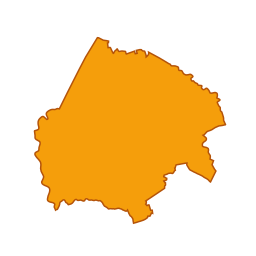 the district of Ca Mau, Cà Mau, Vietnam, rotated 79°
{"feature_id": "81297802B56186863938752", "entity_name": "Ca Mau", "entity_type": "district", "adm_level": 2, "iso_a3": "VNM", "parent_name": "Vietnam", "parent_adm1": "Cà Mau", "projection": "orthographic", "projection_center": [105.22, 9.175], "detail": "fine", "context": "isolated", "style": "filled", "palette": "amber", "viewbox_px": 256, "rotation_deg": 79, "n_neighbors": 0, "source": "geoboundaries", "source_scale": "gbopen_adm2", "svg_char_len": 5831}
<svg xmlns="http://www.w3.org/2000/svg" viewBox="0 0 256 256"><g transform="rotate(79 128 128)"><path d="M196.7,57.3L187.0,49.9L185.0,50.9L180.1,52.5L176.4,50.3L174.2,53.4L172.1,52.7L171.3,52.6L170.6,52.6L169.8,52.9L168.5,53.5L167.8,53.7L167.0,53.8L166.5,53.7L165.1,53.2L164.4,53.1L163.5,53.2L163.0,53.6L162.1,54.7L160.9,57.4L160.5,57.9L160.0,58.3L159.3,58.3L158.2,58.1L157.6,57.9L156.8,57.1L156.1,56.0L155.5,54.6L154.9,53.7L154.3,53.3L153.6,53.1L153.0,53.1L152.3,53.4L149.4,55.7L149.2,54.7L148.5,53.6L146.8,51.4L146.4,50.3L146.1,48.0L145.7,46.1L144.2,42.4L143.3,38.4L143.5,34.9L143.4,32.9L143.4,31.8L143.1,31.6L141.4,32.1L140.6,32.2L139.4,32.6L138.7,32.6L138.1,32.6L136.6,32.3L135.4,32.3L131.6,32.7L130.2,32.9L129.4,33.6L128.6,33.9L127.7,33.9L125.8,33.6L125.3,33.6L123.7,34.6L121.6,35.2L119.8,35.5L119.3,35.0L118.6,33.1L118.3,32.6L118.0,32.4L117.7,32.4L117.3,32.7L116.9,33.1L115.6,35.0L115.3,35.0L113.4,34.1L112.1,33.9L111.4,33.9L110.6,34.3L109.9,35.4L109.7,36.4L109.8,38.7L109.7,39.7L109.3,40.6L108.8,40.9L107.6,41.1L106.4,41.5L105.1,42.2L104.1,43.0L103.9,43.7L104.7,45.5L104.8,46.4L104.6,47.0L103.5,47.9L102.5,48.2L101.9,48.0L101.1,47.5L100.7,47.5L100.3,47.9L99.5,50.6L99.1,51.1L98.6,51.3L98.0,51.3L97.4,51.8L96.6,53.1L95.9,53.8L94.5,54.6L94.1,55.1L94.2,56.0L93.8,56.5L92.5,56.9L91.5,56.8L91.1,56.6L90.8,55.8L90.3,54.9L89.9,54.5L89.4,54.5L88.3,55.2L87.3,56.2L87.1,57.3L87.2,58.6L87.1,60.2L86.9,61.1L86.4,61.9L85.4,63.0L84.3,63.5L82.6,64.0L82.0,64.4L81.5,65.5L81.3,66.7L81.0,67.0L80.2,67.1L78.9,67.0L78.1,67.0L77.4,67.5L76.1,69.8L75.7,71.4L75.4,73.0L75.1,73.7L74.6,74.0L73.9,74.2L73.5,74.4L72.6,75.7L65.4,83.7L57.5,93.3L58.2,93.3L59.8,93.9L60.4,94.6L61.3,95.8L61.7,96.6L61.2,96.5L59.9,96.4L56.8,96.8L55.9,97.0L55.6,97.4L55.2,98.7L55.0,99.0L54.3,99.6L53.7,99.9L53.3,101.4L53.4,105.0L56.5,104.8L56.5,106.7L53.8,107.0L55.0,115.1L55.0,115.5L54.8,115.7L52.6,115.8L52.3,116.0L52.0,116.9L51.3,119.1L51.2,120.2L51.2,122.2L50.9,122.5L50.5,122.7L48.5,123.4L48.3,123.6L49.1,124.7L49.6,125.8L50.7,127.0L51.8,127.8L51.9,128.2L50.7,128.7L45.9,129.9L45.5,130.3L45.3,132.2L40.6,131.9L40.5,130.9L39.0,130.5L38.2,132.3L37.1,135.5L33.8,139.7L33.5,140.8L50.2,156.0L60.7,164.4L81.9,180.9L95.8,191.5L96.1,191.7L95.5,193.3L95.5,194.2L95.8,195.3L95.9,196.0L95.8,196.8L95.4,198.2L95.3,199.4L95.4,200.6L95.9,202.3L96.5,203.7L96.8,204.2L97.6,205.1L98.4,205.5L99.2,205.6L100.1,205.5L101.6,205.1L103.0,204.8L103.5,204.9L103.9,205.1L104.1,205.6L104.1,206.1L103.5,206.6L100.7,208.7L100.4,209.7L100.6,210.6L101.0,211.4L102.1,213.1L103.2,214.2L104.4,214.9L105.9,215.3L107.5,215.5L109.8,215.4L110.9,215.5L111.9,215.9L112.4,216.6L112.7,218.0L112.9,220.1L113.2,220.4L116.7,220.6L117.9,220.7L119.2,221.0L120.1,221.1L120.9,220.9L121.8,220.3L123.7,218.1L124.4,217.3L125.7,217.1L126.8,217.3L128.9,218.4L130.0,219.0L132.8,219.8L133.4,220.4L134.2,222.9L134.6,223.7L135.1,224.1L135.8,224.3L136.5,224.4L137.7,224.0L139.5,223.2L141.8,221.8L144.0,220.7L145.1,220.4L146.5,220.4L147.5,220.5L151.1,221.5L152.6,221.5L154.0,221.5L158.6,220.2L159.6,220.1L160.3,220.3L161.3,220.8L164.4,223.0L165.3,223.1L166.4,222.8L167.4,222.0L168.4,220.8L169.7,218.8L170.7,217.6L171.7,216.8L172.8,216.6L174.0,216.6L175.2,217.0L176.4,217.5L179.5,219.4L181.8,220.4L182.8,220.7L183.7,220.7L184.3,220.4L184.9,219.9L185.7,218.8L187.0,215.9L187.8,215.0L188.5,214.5L189.0,214.5L190.8,215.3L191.7,215.5L193.1,215.1L194.8,214.8L194.5,214.2L194.5,213.7L194.4,213.0L194.3,212.8L194.0,212.5L191.7,210.7L190.2,209.8L188.7,209.3L188.0,208.9L187.6,208.3L187.2,207.1L186.5,206.0L186.2,205.1L186.4,204.4L186.9,203.9L189.0,203.3L189.6,202.8L190.1,202.2L190.5,201.9L190.7,201.7L191.7,201.4L191.9,201.1L191.7,198.6L191.5,197.9L191.1,197.0L190.5,196.2L189.0,194.6L188.5,193.9L188.3,193.5L188.2,192.8L188.2,192.5L189.2,191.5L189.5,191.1L189.6,190.6L189.7,188.5L189.8,188.0L191.0,186.1L191.2,185.6L191.2,185.0L191.1,184.6L191.0,184.4L190.0,183.7L189.6,183.0L189.5,182.6L189.6,182.3L189.7,181.8L190.1,181.2L190.9,180.5L191.2,180.2L191.4,179.7L191.6,178.7L191.7,177.5L192.2,176.5L192.6,175.6L192.7,175.0L192.7,174.5L192.6,174.1L192.6,173.4L192.8,172.8L193.8,170.9L193.9,170.5L193.9,169.4L194.0,169.2L194.6,168.6L196.0,167.6L196.6,167.3L198.4,166.8L200.2,166.0L200.4,165.7L200.8,165.2L202.3,163.6L203.6,162.7L203.8,162.3L203.8,162.0L203.8,160.8L203.9,160.3L204.4,158.8L204.4,157.9L205.0,156.7L205.0,156.1L205.0,155.3L204.9,153.5L205.0,152.5L205.1,152.1L205.8,151.0L206.3,149.9L206.5,149.6L206.9,149.3L207.4,148.8L207.9,147.9L208.6,147.0L209.0,146.4L209.2,145.9L209.3,145.5L209.2,145.1L208.4,144.1L209.9,143.9L210.6,143.7L211.3,143.5L211.7,143.5L213.8,142.9L214.6,142.6L215.5,141.7L216.7,141.1L217.8,140.7L218.2,140.6L219.1,140.6L219.9,140.7L222.5,140.7L222.3,137.8L222.0,135.6L221.8,133.4L221.4,130.5L220.9,128.6L220.0,126.5L219.5,125.9L219.1,125.6L218.4,125.5L218.4,124.5L218.7,123.3L217.8,122.6L217.3,122.1L216.0,121.3L216.0,121.0L216.5,120.1L213.3,119.9L213.1,121.5L211.8,121.6L208.8,121.9L207.5,122.1L207.4,123.1L207.8,124.1L206.1,125.2L205.3,124.4L204.6,124.3L204.2,124.1L203.6,124.1L203.0,124.5L194.2,103.6L192.7,103.3L191.7,102.9L191.4,102.3L191.1,102.0L189.7,101.8L189.0,101.7L188.9,102.1L188.5,102.1L187.2,102.9L186.8,103.0L186.5,100.7L186.3,100.1L186.1,99.9L185.8,99.8L185.0,99.6L184.7,99.6L184.6,99.9L184.3,100.3L183.4,101.1L182.7,102.2L182.4,102.2L181.8,101.8L181.3,101.6L181.1,101.4L181.1,101.2L180.9,99.3L180.7,98.1L180.4,97.5L180.3,96.9L180.4,95.0L180.6,94.2L181.1,93.3L181.0,92.6L180.3,91.7L179.0,90.6L178.5,89.6L176.4,89.8L176.4,89.4L175.7,89.1L174.4,88.4L173.5,87.9L173.4,87.7L173.5,78.3L173.7,76.8L174.4,77.1L175.2,77.3L175.9,77.2L179.5,75.9L180.6,75.4L181.0,75.1L181.5,74.5L182.4,73.3L183.9,71.5L184.7,70.3L185.7,69.1L186.5,68.0L187.0,67.2L188.9,64.7L189.7,63.8L190.6,63.0L191.1,62.5L192.7,60.5L193.8,59.4L194.5,58.9L196.2,57.9L196.7,57.3Z" fill="#f59e0b" stroke="#b45309" stroke-width="1.5"/></g></svg>